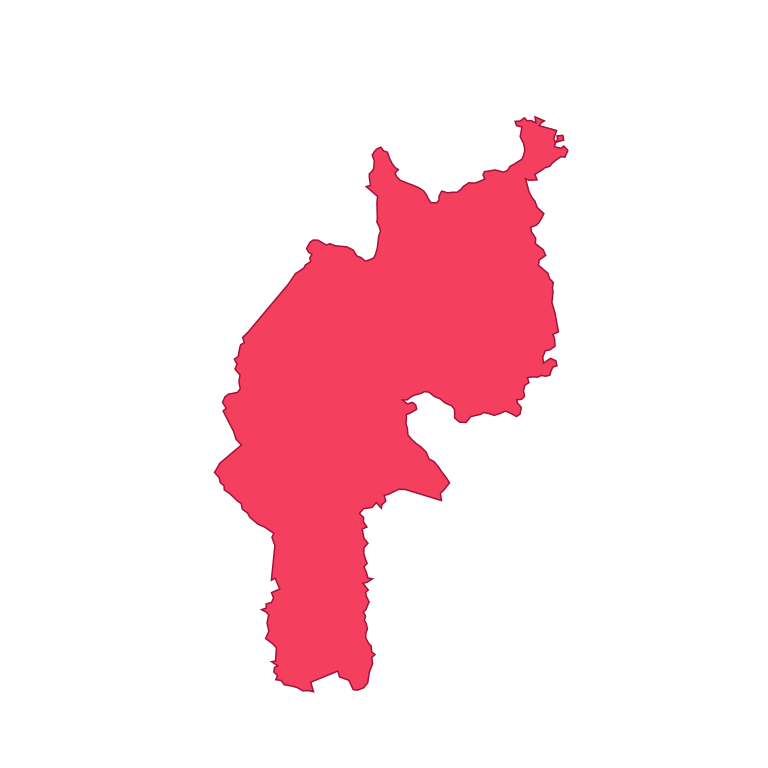 outline of Carazinho, Rio Grande do Sul, Brazil, rotated 122°
{"feature_id": "56859067B4545609401254", "entity_name": "Carazinho", "entity_type": "district", "adm_level": 2, "iso_a3": "BRA", "parent_name": "Brazil", "parent_adm1": "Rio Grande do Sul", "projection": "albers", "projection_center": [-52.891, -28.277], "detail": "fine", "context": "isolated", "style": "filled", "palette": "rose", "viewbox_px": 768, "rotation_deg": 122, "n_neighbors": 0, "source": "geoboundaries", "source_scale": "gbopen_adm2", "svg_char_len": 4428}
<svg xmlns="http://www.w3.org/2000/svg" viewBox="0 0 768 768"><g transform="rotate(122 384 384)"><path d="M273.2,250.6L273.9,256.3L281.8,259.8L277.1,263.6L270.3,264.8L267.0,261.3L261.2,259.0L255.3,263.3L252.4,267.0L247.3,263.7L233.0,276.8L225.9,284.8L220.8,287.2L216.2,289.5L213.2,292.2L208.2,294.1L206.9,299.6L203.2,303.6L201.5,315.9L196.5,318.1L189.3,315.0L185.7,320.3L184.7,330.1L180.1,332.5L176.7,339.7L173.2,342.6L168.5,338.9L164.8,338.1L160.1,338.2L154.8,338.7L153.1,347.6L148.9,353.0L147.6,357.0L144.2,362.8L138.2,369.2L134.9,372.7L134.4,369.0L129.8,362.4L126.3,367.1L119.7,363.8L115.4,362.2L111.5,358.8L107.9,358.4L102.6,356.7L97.3,354.2L95.8,350.8L88.5,351.8L86.9,357.5L90.4,358.9L92.4,365.2L88.1,366.5L86.2,369.9L77.6,372.0L82.7,389.4L79.0,389.0L75.9,387.4L77.4,397.5L82.0,393.6L82.7,399.1L85.0,402.2L83.8,406.0L88.8,407.9L91.8,412.0L94.7,408.6L93.0,403.3L97.4,401.4L102.0,399.7L104.1,396.4L105.9,393.1L111.1,388.5L116.0,386.8L120.5,386.2L124.6,388.3L128.6,390.1L132.4,392.4L137.5,392.5L141.0,394.9L142.4,399.6L143.7,403.4L146.9,406.9L150.7,411.4L154.3,410.8L156.7,407.1L160.9,409.9L165.4,413.3L168.4,418.7L174.3,421.4L178.0,421.8L182.7,423.7L185.6,428.2L188.1,431.2L189.8,437.3L195.6,436.9L198.7,434.8L202.3,435.3L205.4,440.2L203.3,445.0L201.2,447.9L199.3,452.6L199.1,458.2L200.0,464.3L201.5,471.7L202.6,478.0L201.5,483.1L199.3,486.5L194.6,485.4L194.5,489.5L192.7,494.1L189.4,499.3L185.6,503.9L186.5,508.0L184.8,512.2L188.6,514.7L192.0,515.3L196.1,515.3L199.7,510.7L203.5,508.6L206.8,506.9L210.3,507.0L213.5,507.8L216.7,505.9L222.7,500.7L226.0,503.7L228.3,488.9L233.4,486.4L236.3,484.6L246.6,477.7L250.5,475.8L253.3,471.1L256.4,467.9L261.3,466.9L266.5,464.4L272.4,461.7L277.7,460.2L282.1,459.4L285.4,461.4L289.8,465.0L288.9,470.2L289.8,475.0L286.7,481.0L287.4,488.2L292.7,498.8L293.6,504.2L296.7,506.5L297.0,516.2L299.5,520.4L303.0,521.9L310.2,521.4L312.2,517.7L312.3,513.8L316.4,513.8L319.0,511.0L324.6,513.7L328.5,513.5L337.4,517.6L350.0,518.0L356.0,518.9L412.2,526.8L419.5,528.6L422.8,524.3L426.6,526.4L430.4,525.3L437.9,522.2L442.2,524.1L445.2,519.0L450.3,518.3L452.7,510.9L459.1,508.2L464.2,503.4L468.8,503.8L474.9,510.4L479.1,512.1L485.2,511.2L488.2,504.9L492.1,506.2L503.8,486.6L509.3,480.2L511.2,472.6L538.4,481.3L543.9,480.9L548.8,480.9L550.8,474.1L554.3,470.8L555.2,465.5L558.4,463.5L558.7,456.9L560.9,445.9L561.1,441.7L565.3,437.8L565.7,431.4L568.1,427.2L569.7,416.4L568.6,409.2L569.1,398.3L573.4,397.8L578.7,391.0L610.1,375.5L606.5,373.4L613.1,363.7L620.5,368.9L624.0,364.3L628.8,363.7L633.0,367.4L636.4,365.1L640.3,368.3L639.9,362.9L641.0,359.4L648.7,356.5L654.6,350.7L662.6,349.5L663.2,341.4L664.6,335.5L676.3,329.2L679.1,332.1L679.3,324.8L682.4,326.7L686.6,324.8L687.7,319.7L692.1,319.1L690.0,314.2L691.9,309.1L689.3,302.9L687.5,297.1L687.2,290.2L683.8,285.0L682.3,280.7L675.7,288.1L652.0,271.1L656.0,266.4L653.9,256.8L659.5,248.1L657.7,244.3L652.4,240.3L646.1,239.4L642.0,241.2L636.7,243.5L631.6,244.7L627.2,245.4L622.3,249.5L618.2,248.2L617.7,252.5L613.1,255.9L612.0,259.8L609.2,264.6L605.6,267.1L600.4,268.3L596.6,272.1L594.8,275.3L590.5,276.7L588.4,280.7L584.5,279.7L581.3,280.5L576.7,281.1L573.4,286.6L570.4,289.2L567.0,288.2L564.2,296.2L561.0,293.2L555.3,290.6L557.1,294.8L552.9,299.3L549.8,304.1L545.1,303.2L542.7,306.5L538.3,311.5L533.4,314.2L527.6,313.2L525.3,319.4L518.6,325.6L514.3,322.7L511.8,328.5L508.0,330.5L506.8,336.3L500.6,335.3L495.0,328.7L488.6,327.6L490.8,320.4L487.5,321.8L482.4,320.4L478.4,324.7L474.9,321.6L465.6,315.8L462.2,310.2L452.4,273.5L446.7,278.3L443.3,277.2L433.1,276.0L430.6,281.3L427.6,289.2L425.6,293.4L423.4,300.0L423.6,306.3L419.5,312.0L417.9,318.6L417.4,325.3L416.2,331.7L414.5,336.7L409.3,340.6L405.8,344.6L402.0,346.3L398.2,348.8L393.5,345.6L388.1,342.9L385.0,346.0L384.5,350.2L388.5,353.7L387.8,359.9L385.0,355.8L381.4,354.7L377.6,352.5L372.6,347.9L369.0,345.6L367.1,341.6L367.9,334.4L366.8,328.6L367.7,321.8L366.6,315.1L368.1,310.8L371.0,308.9L375.4,306.0L376.3,299.6L373.2,294.0L365.6,293.1L362.0,289.5L359.0,286.3L355.3,284.2L353.4,278.9L352.2,273.9L346.9,269.5L342.6,266.8L341.6,259.7L341.4,254.4L337.4,252.7L331.1,255.2L329.5,260.4L327.1,263.1L324.2,259.3L320.0,258.3L315.7,262.2L310.5,263.9L306.0,261.8L302.6,265.8L299.1,261.6L296.9,257.5L293.4,255.1L291.7,250.9L288.4,248.0L284.0,249.4L280.1,249.7L276.9,247.0L273.2,250.6ZM88.1,366.5L81.9,360.8L78.4,364.1L81.9,368.7L84.7,366.4L88.1,366.5Z" fill="#f43f5e" stroke="#9f1239" stroke-width="1.5"/></g></svg>